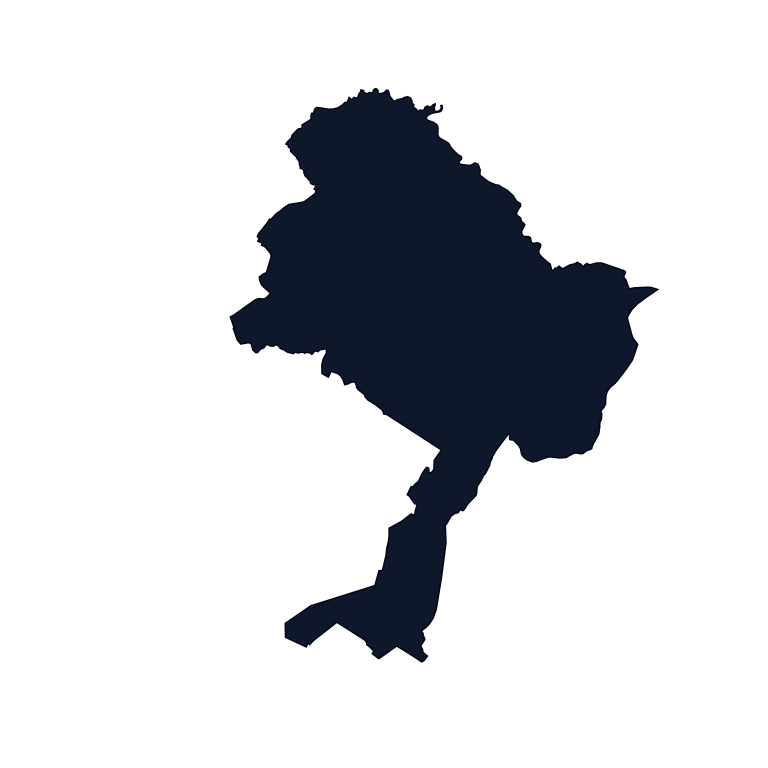 the district of Mueang Chai Nat, Chai Nat, Thailand, rotated 122°
{"feature_id": "78962969B26983912705039", "entity_name": "Mueang Chai Nat", "entity_type": "district", "adm_level": 2, "iso_a3": "THA", "parent_name": "Thailand", "parent_adm1": "Chai Nat", "projection": "orthographic", "projection_center": [100.119, 15.184], "detail": "fine", "context": "isolated", "style": "filled", "palette": "ink", "viewbox_px": 768, "rotation_deg": 122, "n_neighbors": 0, "source": "geoboundaries", "source_scale": "gbopen_adm2", "svg_char_len": 6171}
<svg xmlns="http://www.w3.org/2000/svg" viewBox="0 0 768 768"><g transform="rotate(122 384 384)"><path d="M192.7,588.8L194.9,588.2L198.2,586.1L207.8,590.8L209.5,589.5L210.7,589.4L213.4,592.0L218.5,593.2L219.6,593.0L220.9,593.9L224.6,592.9L230.5,594.4L232.5,594.3L232.0,592.2L233.6,590.8L233.7,588.8L234.4,587.4L236.1,586.7L237.6,580.1L237.7,578.3L238.8,577.5L239.8,574.7L240.9,573.1L242.4,572.3L242.7,571.6L243.8,570.8L244.1,570.0L245.5,569.3L245.0,568.3L244.9,566.8L246.0,564.6L247.4,563.9L248.4,562.1L249.2,561.4L249.8,558.5L250.8,555.8L250.8,554.5L252.8,552.4L252.2,548.8L250.7,546.6L255.7,546.7L255.7,544.5L257.2,543.6L258.1,543.6L258.3,543.1L271.2,548.0L273.6,550.0L282.0,559.6L287.4,562.2L293.2,563.9L293.6,564.4L296.3,565.5L304.3,567.1L304.7,568.3L310.4,568.5L322.9,570.0L324.7,569.9L326.2,569.4L326.7,566.9L329.8,566.7L329.1,561.8L331.3,561.3L330.7,559.1L330.9,556.7L333.2,550.0L334.5,548.1L336.6,546.9L351.9,542.7L354.7,544.7L359.4,546.5L362.5,543.7L364.6,540.6L365.5,537.7L367.1,528.3L372.2,529.2L375.0,530.5L375.9,531.5L378.2,535.8L381.2,538.0L405.8,548.2L408.6,549.9L415.9,540.7L416.7,541.3L424.4,531.8L426.0,526.6L421.1,521.2L420.4,519.8L420.3,518.6L420.6,517.5L424.6,513.3L425.3,509.9L425.2,508.8L424.0,507.8L420.0,507.3L416.9,504.9L413.3,504.7L412.4,504.4L412.0,500.6L411.0,498.5L409.8,497.3L408.1,496.8L408.1,496.2L407.1,496.0L408.8,490.5L408.1,487.4L408.2,482.7L406.1,476.7L404.2,476.8L403.3,473.4L400.7,470.8L399.8,468.6L399.9,467.5L398.6,466.8L396.9,463.9L397.1,460.9L392.3,460.0L391.6,457.2L388.9,456.4L384.5,451.5L388.4,449.2L394.1,448.9L398.3,447.8L401.1,446.6L408.0,442.1L407.7,434.8L401.3,435.6L399.6,428.4L400.1,425.1L402.1,420.9L405.4,417.0L402.8,414.4L400.9,413.5L399.2,411.9L397.6,409.7L399.9,406.6L401.6,405.3L402.6,402.1L403.1,396.1L404.0,393.5L404.7,393.5L405.3,392.0L406.2,388.6L406.0,380.4L406.8,373.5L406.6,372.8L408.4,369.4L409.5,368.6L408.4,365.5L409.5,300.3L422.0,301.0L430.2,296.4L432.5,296.8L434.4,296.6L435.0,298.9L434.6,299.5L432.0,301.1L431.7,302.1L432.1,303.7L438.9,304.3L447.7,303.2L448.0,302.9L451.5,304.4L456.3,305.0L456.4,306.3L456.8,306.6L465.6,305.6L465.6,302.2L466.0,302.3L469.3,294.6L468.4,292.0L474.5,290.4L478.0,288.9L479.1,288.0L479.8,292.1L491.4,296.4L503.6,303.3L508.7,300.0L514.4,297.1L521.8,294.6L528.2,291.5L537.5,288.3L543.0,286.6L543.7,287.1L544.6,289.1L545.0,289.3L559.8,284.9L610.8,328.5L639.3,340.9L651.0,333.3L648.2,310.7L644.3,311.0L644.0,309.3L644.3,308.9L638.6,307.8L611.0,297.7L611.3,264.7L612.5,261.8L614.4,260.0L614.2,258.7L615.8,251.1L618.9,251.0L619.7,243.3L619.5,242.7L599.5,234.4L599.3,223.9L599.4,210.6L599.7,207.1L599.5,204.5L597.2,203.5L591.7,203.0L591.2,207.6L589.9,210.1L588.9,210.4L586.5,214.1L578.9,214.0L578.3,215.2L577.4,215.8L576.4,217.8L575.1,218.3L573.6,221.5L568.7,219.6L564.3,218.5L556.9,218.2L547.6,220.2L517.2,232.9L485.8,247.3L471.5,257.0L468.4,256.8L460.3,257.1L456.4,255.5L453.8,252.9L450.2,253.0L449.8,250.2L449.2,249.8L446.4,249.3L442.1,249.5L429.9,247.0L427.8,247.5L421.4,250.7L413.9,250.5L409.1,251.2L406.2,250.6L397.0,251.3L394.0,252.5L389.9,252.9L388.0,253.6L380.6,253.8L359.6,252.0L360.3,250.9L364.4,247.9L364.3,247.1L363.2,245.2L363.1,244.0L364.6,237.5L366.3,234.2L370.6,230.1L371.9,227.3L372.5,222.8L371.4,216.9L368.9,213.9L361.3,208.1L358.5,205.5L357.5,204.0L353.4,195.5L349.8,190.6L342.8,186.8L341.7,185.8L340.4,184.0L339.0,180.4L338.1,179.0L336.8,178.1L333.5,177.1L330.3,174.5L328.7,173.6L326.9,174.3L323.7,174.8L312.7,175.4L305.4,178.6L303.9,179.8L301.7,180.6L298.6,181.0L296.4,182.1L293.5,183.8L292.0,185.9L288.1,185.2L283.7,185.4L276.6,189.5L273.5,190.4L270.5,190.7L267.0,190.4L261.0,188.5L257.3,187.9L243.2,186.5L231.9,186.1L216.7,189.6L216.3,189.7L215.3,191.3L213.3,196.9L211.1,199.8L200.1,211.6L199.0,212.6L197.0,213.2L189.3,213.2L181.5,211.5L170.9,207.3L158.8,202.0L160.5,208.4L161.8,211.1L169.6,222.4L173.2,226.3L171.5,229.1L167.5,234.0L166.5,237.2L164.6,238.0L161.8,238.1L160.7,239.0L160.9,241.3L166.0,263.4L168.6,267.7L173.6,272.4L174.3,274.1L174.2,275.8L176.8,276.9L179.0,276.9L178.0,281.3L178.4,282.3L178.1,284.3L181.4,286.4L184.6,289.5L191.3,293.4L191.8,294.1L191.3,298.0L195.4,299.3L194.9,300.1L195.1,300.4L197.6,300.5L198.3,300.1L199.0,300.6L197.9,302.8L194.2,306.7L193.8,311.6L192.7,317.4L191.6,321.0L190.7,322.2L188.9,323.5L184.4,324.1L183.3,324.6L182.5,325.5L182.6,327.9L183.5,329.5L185.6,331.8L186.0,333.1L185.4,334.5L182.6,337.1L182.2,338.1L182.4,339.6L184.7,343.6L184.6,344.9L183.5,346.7L182.6,347.6L180.7,348.4L175.2,348.7L174.3,349.1L173.8,350.1L173.3,353.6L170.8,356.2L170.4,360.5L169.4,362.1L164.5,362.7L160.5,362.4L158.7,364.0L158.7,368.6L155.9,374.1L154.4,382.2L154.7,388.9L154.5,391.8L155.9,394.9L156.9,401.1L157.0,403.9L156.2,412.4L155.1,414.1L151.6,415.7L147.7,420.7L148.3,424.0L152.4,426.2L153.7,428.0L156.6,434.2L157.2,436.6L156.5,437.7L155.6,438.1L151.7,437.5L150.2,439.1L150.3,443.2L148.7,450.2L147.4,453.7L146.1,455.6L145.5,457.7L145.9,465.9L145.7,468.2L143.9,470.6L138.2,473.9L136.9,475.2L136.1,476.6L135.8,480.1L137.1,486.4L136.9,488.2L136.3,488.9L135.2,489.4L133.7,489.3L132.1,488.8L128.8,486.7L123.5,480.9L122.0,480.2L120.5,480.3L118.3,481.1L117.0,482.5L117.8,483.3L119.2,481.8L121.8,481.4L123.2,482.0L126.1,485.2L125.9,485.5L125.1,486.3L124.2,486.6L123.1,488.0L120.2,488.5L119.3,489.1L121.3,490.4L124.6,491.1L125.4,494.8L126.1,494.7L127.7,495.9L129.1,495.3L131.2,495.9L131.8,496.6L132.4,498.6L133.7,498.5L134.1,499.4L134.9,499.9L133.9,501.5L133.9,503.0L133.4,506.2L131.4,506.7L130.9,509.4L129.3,510.0L128.4,511.8L127.6,512.6L127.4,513.7L127.9,516.4L128.2,516.7L128.9,516.8L129.8,518.4L131.6,519.1L136.1,523.6L139.2,525.2L136.9,531.5L133.9,534.6L132.9,536.2L133.4,537.5L136.9,538.3L139.1,540.3L140.3,541.9L140.1,543.3L138.1,544.9L137.7,546.6L137.9,547.6L139.8,548.7L141.9,548.1L143.1,548.3L143.7,548.7L144.5,550.9L146.5,551.7L147.6,555.3L147.4,555.9L146.0,556.7L146.7,559.3L147.3,559.4L148.2,558.6L150.8,559.0L154.2,558.3L155.5,558.4L156.5,559.2L156.8,561.2L157.6,561.6L159.1,561.5L159.6,562.0L160.2,563.6L159.4,564.8L159.6,565.5L162.9,564.7L164.9,564.8L166.0,566.3L170.1,567.4L174.2,569.4L178.1,573.2L180.3,576.6L185.0,587.4L187.6,588.5L191.8,587.3L192.7,588.8Z" fill="#0f172a" stroke="#020617" stroke-width="1.5"/></g></svg>